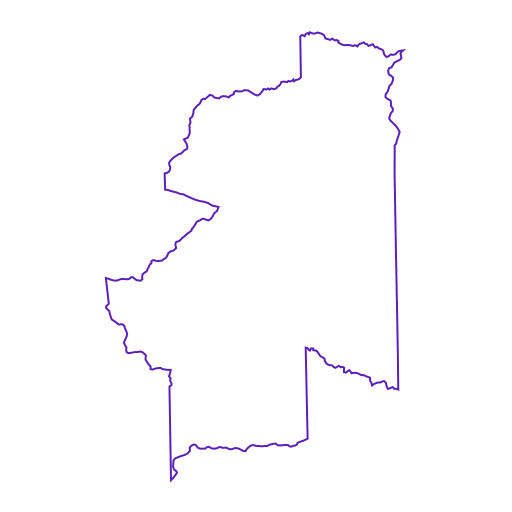 Buritis, Rondônia, Brazil (orthographic projection), rotated 89°
{"feature_id": "56859067B51583375651636", "entity_name": "Buritis", "entity_type": "district", "adm_level": 2, "iso_a3": "BRA", "parent_name": "Brazil", "parent_adm1": "Rondônia", "projection": "orthographic", "projection_center": [-63.964, -10.088], "detail": "fine", "context": "isolated", "style": "outline", "palette": "violet", "viewbox_px": 512, "rotation_deg": 89, "n_neighbors": 0, "source": "geoboundaries", "source_scale": "gbopen_adm2", "svg_char_len": 5274}
<svg xmlns="http://www.w3.org/2000/svg" viewBox="0 0 512 512"><g transform="rotate(89 256 256)"><path d="M37.1,207.9L78.0,208.0L79.7,209.5L80.3,211.2L80.7,213.2L82.0,214.9L80.2,215.6L81.5,216.9L82.1,218.7L81.5,220.6L82.7,221.7L82.1,224.8L82.4,227.6L84.5,228.5L86.4,230.1L87.1,231.7L88.5,232.5L89.5,234.8L88.7,238.0L89.9,239.6L88.7,241.1L89.7,242.7L89.2,245.5L90.6,246.3L94.0,249.0L95.6,251.6L94.4,254.9L90.2,261.2L90.1,265.2L91.1,267.2L91.2,270.9L90.5,273.0L92.0,275.3L93.7,275.4L94.6,277.2L95.6,279.3L97.0,280.5L96.0,282.5L95.6,286.1L96.2,288.3L97.8,290.2L97.3,292.7L96.9,294.8L94.8,296.8L94.1,299.4L96.2,301.7L98.2,304.3L97.8,306.0L99.3,308.0L101.3,308.8L103.1,309.9L104.5,312.0L108.9,315.8L111.1,316.0L113.6,316.5L116.0,317.7L117.5,319.7L119.4,319.4L121.4,319.2L124.4,320.5L126.1,320.1L128.4,320.2L131.8,320.0L133.3,320.7L134.8,321.3L136.5,322.1L137.3,324.0L138.2,326.0L140.8,324.5L142.9,323.3L145.8,322.7L147.6,323.0L149.2,325.9L152.2,329.0L153.0,331.7L155.4,335.6L157.5,338.2L159.4,340.0L161.4,341.3L163.5,341.0L165.6,340.2L167.8,340.4L169.9,341.3L171.5,343.9L171.8,345.9L188.1,345.7L188.4,343.2L189.1,341.3L190.3,337.3L191.1,334.2L192.5,331.0L193.1,327.5L194.2,325.5L197.7,318.1L199.0,314.7L200.3,310.5L200.5,308.5L201.1,306.2L202.3,302.7L204.3,299.9L205.0,298.3L206.3,292.6L208.4,293.3L210.5,294.3L212.3,296.8L213.9,297.8L216.3,299.1L218.1,300.5L219.6,303.1L218.3,306.6L217.8,308.1L218.2,309.7L219.4,311.3L220.0,313.2L220.8,314.6L222.6,315.7L226.3,318.2L227.8,319.6L229.6,320.2L232.7,324.5L235.4,327.6L236.7,329.5L238.1,330.7L239.7,332.5L240.2,334.5L241.0,336.0L243.2,336.4L246.7,335.7L248.3,337.5L249.3,339.0L250.0,341.4L251.4,343.5L255.3,345.3L256.5,346.4L257.8,348.7L258.9,350.1L259.4,353.9L259.1,355.9L258.3,358.8L259.4,360.7L261.5,360.8L262.6,362.3L264.8,363.2L267.2,364.6L269.5,365.6L270.4,367.3L272.4,369.8L274.9,370.2L277.1,370.0L278.6,371.5L278.5,373.5L278.0,376.0L276.2,378.2L275.1,379.5L275.0,381.2L276.7,383.2L277.0,385.3L276.9,387.0L276.6,388.7L276.7,391.2L278.2,396.0L278.1,398.1L277.3,401.2L276.6,402.8L275.4,406.5L301.2,404.0L302.5,405.4L303.6,406.7L305.5,406.7L307.2,405.0L308.3,403.7L311.4,403.1L315.5,401.9L317.1,401.2L319.1,398.2L322.1,394.4L321.9,390.8L323.5,388.9L326.1,388.3L327.7,387.5L329.1,386.9L331.6,386.2L334.2,386.8L336.0,387.6L338.9,389.0L340.5,389.5L342.9,388.5L345.2,387.1L347.0,387.5L349.7,387.1L350.9,385.4L350.5,381.5L349.9,378.9L350.0,376.4L349.6,374.4L349.6,372.6L350.7,370.5L353.4,367.8L357.4,368.3L359.9,366.9L362.5,365.2L364.5,363.4L367.3,363.4L367.7,361.3L366.7,358.3L366.4,355.9L366.2,353.3L367.3,351.9L367.9,349.0L368.3,346.5L368.4,343.3L370.4,343.7L372.7,344.3L374.7,345.1L376.8,343.6L379.2,344.0L382.0,342.7L383.7,342.8L385.0,344.8L478.7,344.9L476.9,343.0L471.4,338.8L469.9,339.3L468.2,341.5L465.1,342.6L458.8,342.0L456.9,340.3L455.0,335.3L454.2,332.7L453.4,330.1L452.0,327.6L449.6,325.4L446.8,325.7L445.1,324.6L443.9,322.7L443.4,321.0L444.1,319.4L446.8,317.3L447.6,315.3L447.7,313.3L447.7,310.2L446.2,308.3L446.0,306.1L447.5,304.0L447.9,301.6L447.7,298.9L446.5,296.4L446.5,294.6L447.3,292.4L447.1,290.7L447.2,288.8L448.0,287.4L448.8,285.6L448.6,282.9L447.6,280.3L448.1,277.1L449.2,274.9L450.9,271.7L450.8,269.7L449.3,269.0L447.2,266.8L445.5,264.6L445.0,262.3L445.4,260.5L446.0,259.0L445.9,257.0L446.4,253.6L446.1,250.8L446.3,248.3L445.0,246.1L444.2,242.3L443.9,239.5L445.7,237.5L445.7,235.6L445.8,233.3L445.4,231.0L445.6,227.3L446.7,226.2L447.3,224.3L446.3,221.6L446.2,219.8L445.1,218.4L443.5,217.7L442.5,215.2L441.7,212.4L440.5,209.6L439.6,207.6L350.3,207.9L348.5,207.9L349.0,206.0L350.6,205.1L351.5,203.8L349.4,202.8L349.5,200.4L351.2,200.4L351.8,197.1L353.5,195.8L357.2,193.4L358.9,190.5L359.8,189.3L362.5,188.9L364.9,187.3L366.0,185.6L366.5,183.8L366.7,181.8L368.5,180.1L369.2,178.6L368.2,176.8L367.3,175.0L368.7,173.2L368.4,171.4L369.2,169.8L371.1,170.0L373.7,170.1L374.1,168.2L373.0,166.7L371.8,164.9L373.1,163.5L374.9,162.7L374.5,159.9L374.6,157.9L375.2,156.0L377.0,152.6L376.9,150.7L378.2,148.0L379.6,144.2L382.7,144.0L384.9,142.9L387.5,142.2L385.9,140.1L384.7,136.8L384.6,133.9L383.6,131.7L383.3,130.1L384.7,128.5L389.0,127.5L391.3,126.3L389.4,121.7L391.2,120.1L391.2,118.2L392.0,116.1L359.5,115.9L309.1,115.9L251.3,116.0L239.3,116.0L176.7,116.0L175.1,116.0L147.7,115.4L146.1,113.8L144.4,113.6L134.6,110.2L130.6,112.2L128.3,113.9L123.1,119.1L120.6,120.5L115.4,118.6L113.6,116.9L111.3,116.5L108.3,118.4L104.2,118.4L102.7,118.9L101.0,122.1L99.2,123.8L96.8,123.6L94.6,122.0L92.7,121.0L89.9,120.2L87.9,119.4L86.4,117.6L82.4,115.9L80.1,115.8L78.1,117.8L77.4,119.3L76.0,120.2L73.0,120.7L70.4,119.5L69.8,117.3L67.4,115.7L65.2,114.5L63.3,111.0L62.4,108.7L60.8,107.2L57.8,107.6L56.0,108.0L54.5,107.0L53.0,105.3L53.4,108.5L54.0,110.4L56.7,113.0L57.3,115.8L56.8,117.8L58.4,119.6L59.4,121.9L57.7,123.6L55.9,124.6L53.8,124.9L52.2,125.9L51.2,127.7L50.4,129.8L49.0,131.3L49.6,133.2L46.3,135.5L48.0,140.0L46.3,141.0L45.7,143.0L44.3,144.5L45.4,147.2L45.8,148.7L46.7,150.0L48.2,150.9L47.0,153.3L47.7,155.3L46.7,158.9L46.7,161.5L46.7,164.2L46.1,166.3L44.0,170.0L42.4,169.8L41.5,171.6L41.8,173.4L40.0,176.0L41.2,178.0L40.6,179.9L39.7,182.8L36.4,184.1L34.9,186.4L33.6,190.6L34.4,192.5L34.7,194.7L33.3,198.4L35.2,199.2L34.0,200.3L34.9,202.4L37.1,203.5L35.7,205.9L37.1,207.9Z" fill="none" stroke="#5b21b6" stroke-width="2"/></g></svg>